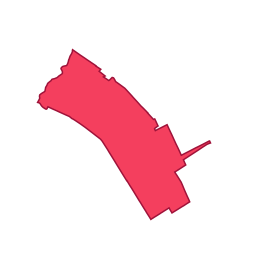 Saveni, Ialomita, Romania (Natural Earth projection), rotated 325°
{"feature_id": "2599482B28938319747198", "entity_name": "Saveni", "entity_type": "district", "adm_level": 2, "iso_a3": "ROU", "parent_name": "Romania", "parent_adm1": "Ialomita", "projection": "natural_earth1", "projection_center": [27.639, 44.552], "detail": "fine", "context": "isolated", "style": "filled", "palette": "rose", "viewbox_px": 256, "rotation_deg": 325, "n_neighbors": 0, "source": "geoboundaries", "source_scale": "gbopen_adm2", "svg_char_len": 3359}
<svg xmlns="http://www.w3.org/2000/svg" viewBox="0 0 256 256"><g transform="rotate(325 128 128)"><path d="M94.3,216.0L94.5,216.0L94.9,216.0L95.2,216.0L95.4,216.0L95.9,216.0L96.1,216.0L96.4,216.1L96.7,216.1L97.8,216.1L101.0,216.3L103.1,216.4L105.0,216.5L106.3,216.5L107.3,216.6L110.1,216.7L113.6,216.9L115.7,217.0L115.8,217.0L115.6,219.1L115.5,219.6L115.4,221.7L115.3,222.8L117.2,222.9L118.9,223.0L119.2,223.0L120.9,223.1L122.4,223.2L123.1,223.2L124.6,223.3L126.9,223.4L129.0,223.6L132.6,223.7L136.2,223.9L136.8,221.1L137.3,218.2L138.6,211.6L139.8,206.2L140.5,202.7L140.5,202.3L140.8,196.6L141.0,190.9L147.6,191.2L154.1,191.4L154.6,188.6L155.2,185.8L163.8,186.1L172.5,186.4L177.9,186.5L183.3,186.7L185.2,187.1L187.0,187.6L187.2,186.5L187.4,185.5L187.2,185.4L186.9,185.4L186.9,185.2L183.9,184.8L180.0,184.3L173.2,183.3L172.9,183.2L164.5,182.1L156.0,180.9L156.8,176.8L157.5,172.8L158.2,168.3L158.4,167.2L158.7,165.6L159.0,164.0L159.0,163.9L159.9,159.2L160.7,154.4L161.9,147.7L148.9,145.8L149.3,144.0L149.3,143.9L150.7,143.5L150.9,143.6L152.2,143.6L152.5,143.5L153.8,143.6L153.8,143.3L155.1,136.1L155.1,135.9L154.3,135.7L153.8,135.6L152.9,128.8L152.7,127.0L152.9,127.0L151.9,120.7L151.2,117.2L150.6,112.0L150.2,109.0L149.8,106.0L149.6,103.9L148.9,98.7L148.4,95.0L148.2,93.6L146.0,87.1L144.5,82.9L144.5,82.7L144.6,82.3L144.6,81.8L144.8,81.1L144.9,79.4L144.9,78.6L144.6,78.2L144.0,77.5L141.7,77.9L140.5,78.1L139.5,78.1L137.2,72.1L139.1,72.3L138.0,68.7L136.9,65.0L139.4,64.3L138.3,61.6L137.7,60.1L137.2,58.9L137.5,58.8L136.9,57.1L136.4,55.8L135.9,54.5L135.4,53.3L135.0,52.1L134.4,50.6L133.8,49.1L133.4,48.0L132.6,45.8L130.7,40.9L128.6,35.1L128.4,34.5L128.0,33.4L127.5,32.1L127.4,32.2L127.0,32.5L126.4,33.4L125.6,34.0L124.1,34.9L122.2,35.7L120.6,36.7L120.1,37.2L119.3,37.7L118.3,38.3L117.5,39.1L116.8,39.7L115.7,40.5L114.9,41.0L114.0,41.4L113.7,41.6L113.2,41.5L112.0,41.0L111.6,40.8L111.2,40.6L110.9,40.5L110.2,40.3L109.6,40.1L107.9,40.4L107.3,40.8L107.1,41.0L107.0,41.7L106.9,42.9L106.7,43.7L106.5,44.3L106.1,44.9L105.7,45.5L105.3,45.7L104.8,45.8L103.2,45.8L102.4,45.8L101.8,45.7L100.8,45.8L99.3,46.0L98.5,46.0L97.6,45.8L97.1,45.6L96.8,45.6L96.4,45.5L95.8,45.3L95.3,45.1L95.2,45.1L94.6,44.8L94.1,44.6L93.6,44.5L93.2,44.6L92.4,45.0L91.7,45.1L90.9,45.1L90.1,45.2L89.1,45.2L88.4,45.3L87.9,45.4L87.4,45.6L86.9,46.0L86.0,46.5L85.4,46.8L85.0,47.0L84.5,47.2L84.2,47.3L83.9,47.5L83.6,47.7L83.2,48.1L82.8,48.6L82.3,49.0L81.9,49.4L81.4,49.9L81.2,50.1L80.9,50.2L80.5,50.3L79.8,50.3L78.6,50.2L77.2,50.1L76.2,50.1L75.4,50.2L74.9,50.2L74.5,50.4L74.2,50.7L73.9,51.0L73.5,51.5L73.2,52.2L72.9,52.7L72.7,53.0L72.1,53.4L71.2,53.9L68.6,55.2L69.0,55.7L69.4,56.1L69.7,56.6L69.9,57.1L70.0,57.9L69.9,58.5L69.9,58.9L69.9,59.7L69.9,60.5L70.0,61.2L70.1,61.6L70.3,62.6L70.4,62.8L70.9,64.0L71.2,64.8L71.5,65.3L71.7,65.6L71.9,65.7L72.2,65.8L72.5,65.8L73.0,65.6L74.4,64.8L74.6,64.7L77.0,68.9L84.2,81.0L84.3,81.2L86.7,85.1L86.7,85.3L87.3,87.5L87.4,88.0L87.6,88.3L88.2,89.4L88.8,90.8L91.3,97.2L93.3,102.9L95.8,110.8L99.1,121.4L99.1,121.5L99.3,124.0L99.3,124.3L99.1,128.7L98.9,133.8L98.8,135.2L98.7,136.3L98.6,138.0L98.4,141.7L98.3,143.6L97.2,161.4L96.7,170.5L96.9,170.5L96.5,176.6L96.4,179.7L96.1,184.5L95.7,190.8L95.5,193.7L95.4,196.7L95.2,199.6L95.1,201.4L94.9,204.8L94.9,205.9L94.8,206.9L94.7,208.0L94.6,210.5L94.5,213.0L94.3,216.0Z" fill="#f43f5e" stroke="#9f1239" stroke-width="1.5"/></g></svg>